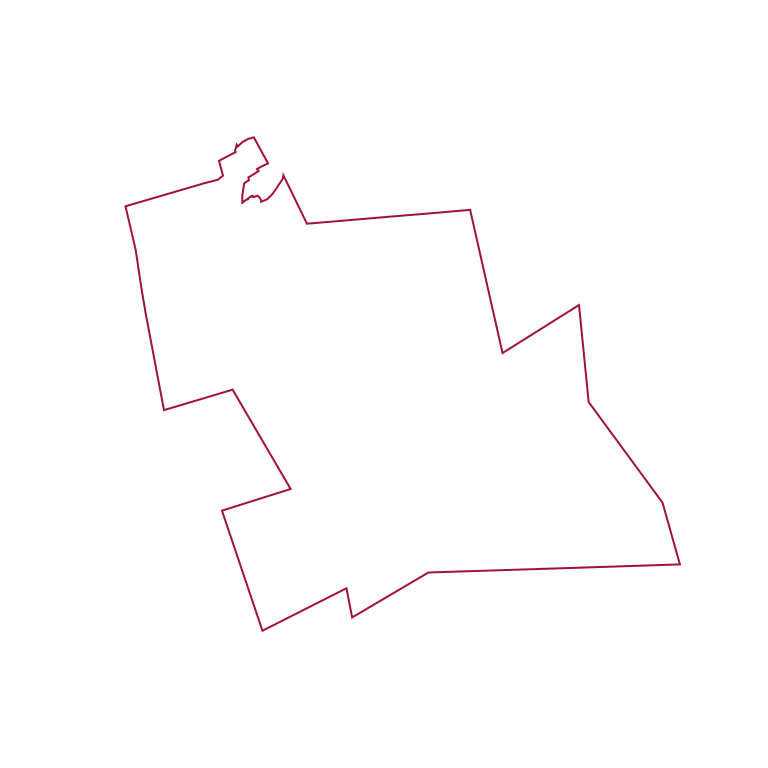 Villa de la Paz, San Luis Potosí, Mexico (Robinson projection), rotated 248°
{"feature_id": "50627088B83556604008483", "entity_name": "Villa de la Paz", "entity_type": "district", "adm_level": 2, "iso_a3": "MEX", "parent_name": "Mexico", "parent_adm1": "San Luis Potosí", "projection": "robinson", "projection_center": [-100.702, 23.663], "detail": "fine", "context": "isolated", "style": "outline", "palette": "rose", "viewbox_px": 768, "rotation_deg": 248, "n_neighbors": 0, "source": "geoboundaries", "source_scale": "gbopen_adm2", "svg_char_len": 1666}
<svg xmlns="http://www.w3.org/2000/svg" viewBox="0 0 768 768"><g transform="rotate(248 384 384)"><path d="M169.6,597.8L290.6,567.0L384.2,594.4L368.3,505.5L513.2,529.1L527.0,484.0L533.1,464.6L534.0,461.4L534.9,458.7L535.8,455.8L537.1,451.7L537.7,449.8L538.7,446.3L539.1,445.2L540.1,441.9L559.2,380.0L561.5,372.6L571.8,371.9L584.7,371.0L597.2,370.2L615.1,368.9L614.7,368.7L614.3,368.5L614.0,368.1L613.4,367.7L612.3,367.0L611.7,366.1L610.5,364.6L610.2,364.0L609.3,362.8L608.3,361.2L606.5,358.7L606.2,358.3L604.1,355.1L603.2,353.6L603.0,353.3L602.5,352.8L602.0,351.8L601.6,350.5L601.0,349.8L599.3,345.3L599.0,344.4L599.0,338.4L599.4,338.5L600.1,338.6L600.9,338.7L601.2,338.8L602.4,338.7L603.3,338.5L603.9,338.2L604.4,337.9L605.3,337.6L606.0,337.3L606.0,335.6L606.0,334.7L606.1,333.4L606.7,332.2L607.5,332.7L607.7,332.1L607.9,331.4L607.7,330.6L607.7,330.1L607.5,329.2L607.1,328.5L606.9,327.9L606.4,327.5L606.2,326.9L606.7,326.5L606.2,324.6L605.8,322.8L605.1,320.6L611.2,322.9L622.4,329.5L623.7,335.2L626.4,335.7L626.9,339.4L627.4,342.2L628.5,347.5L630.9,346.8L631.6,352.1L631.8,356.2L632.0,359.1L658.2,356.1L661.4,355.8L662.1,349.8L661.4,343.5L659.0,337.4L661.1,337.1L656.1,333.3L654.6,333.3L652.8,314.6L637.6,312.8L635.6,306.5L637.5,292.4L645.6,210.9L601.4,204.0L588.4,200.9L587.6,200.7L581.5,199.2L578.6,198.5L559.0,193.9L552.6,192.5L548.3,191.6L547.4,191.4L536.6,189.0L531.7,188.1L497.2,181.2L485.8,178.9L476.8,177.1L442.2,170.2L435.5,241.5L321.6,258.1L322.4,248.3L323.7,231.8L325.6,207.7L327.3,186.4L327.0,186.3L200.8,178.9L208.7,272.7L179.5,267.0L192.6,354.5L182.2,382.9L130.5,523.6L105.9,590.8L169.6,597.8Z" fill="none" stroke="#9f1239" stroke-width="2"/></g></svg>